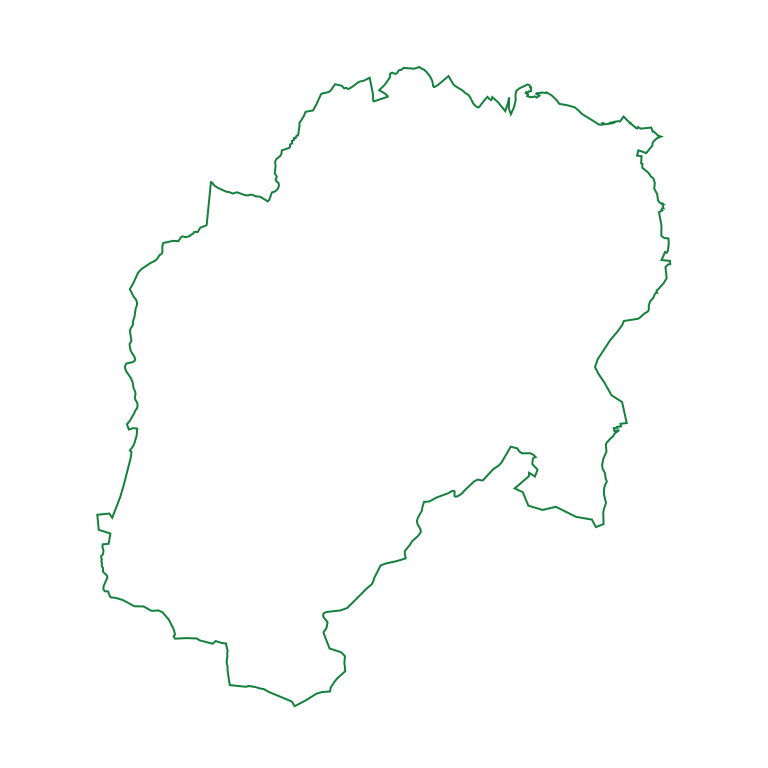 Palmito, Sucre, Colombia (Albers equal-area conic projection), rotated 265°
{"feature_id": "7082276B68418970079428", "entity_name": "Palmito", "entity_type": "district", "adm_level": 2, "iso_a3": "COL", "parent_name": "Colombia", "parent_adm1": "Sucre", "projection": "albers", "projection_center": [-75.556, 9.333], "detail": "fine", "context": "isolated", "style": "outline", "palette": "green", "viewbox_px": 768, "rotation_deg": 265, "n_neighbors": 0, "source": "geoboundaries", "source_scale": "gbopen_adm2", "svg_char_len": 6120}
<svg xmlns="http://www.w3.org/2000/svg" viewBox="0 0 768 768"><g transform="rotate(265 384 384)"><path d="M323.9,622.4L345.3,619.6L352.9,609.7L366.4,603.6L375.1,598.7L382.4,595.7L390.0,599.0L407.8,613.0L416.2,621.5L422.3,626.6L425.9,628.5L426.8,642.5L427.5,644.2L431.4,649.4L433.3,653.3L435.1,654.3L439.4,654.7L443.3,656.4L446.1,659.6L449.9,661.6L451.3,663.2L451.2,664.0L452.0,663.6L453.6,663.8L454.3,665.3L460.1,671.4L464.8,674.8L476.0,674.6L478.4,677.6L478.4,679.6L481.7,679.7L483.3,671.3L491.0,675.5L490.0,677.0L492.3,678.5L499.5,680.0L504.2,680.0L505.0,675.9L507.4,673.2L518.0,674.2L531.2,672.9L532.6,676.3L533.4,675.6L535.3,676.9L534.8,677.7L538.6,677.0L538.6,678.2L539.3,677.6L540.4,674.8L542.8,673.0L549.3,672.7L555.1,670.2L560.5,671.3L565.1,670.4L568.1,667.4L569.5,667.0L572.0,665.2L577.0,660.1L580.8,660.6L581.3,659.4L588.5,660.4L589.5,656.0L594.6,657.8L591.2,665.4L598.2,672.2L600.2,672.3L602.4,673.9L605.2,677.6L606.3,681.5L607.5,678.8L612.1,674.6L611.9,673.7L616.2,672.6L616.0,662.3L617.8,659.2L616.5,658.7L616.9,657.5L620.7,653.8L622.1,651.9L622.6,652.3L623.4,651.0L629.5,646.0L624.9,641.9L625.4,640.2L625.3,638.0L624.7,633.7L624.1,635.1L623.8,634.0L623.5,628.0L623.5,625.6L624.8,625.4L624.7,624.0L623.4,624.1L623.7,620.8L636.0,604.5L639.2,602.0L643.0,598.1L645.7,590.9L647.8,583.1L651.9,580.6L657.1,576.0L660.4,571.1L659.8,570.5L660.7,566.2L660.3,566.0L660.4,561.3L659.9,560.9L657.7,564.0L656.0,560.9L657.3,559.4L656.8,555.2L658.3,551.8L659.6,552.7L661.6,550.5L662.5,551.4L661.7,552.8L662.8,553.6L662.9,556.0L666.7,556.4L666.8,555.4L669.0,555.1L669.9,553.2L666.7,544.6L664.5,541.4L660.3,540.1L655.2,539.9L648.5,537.7L641.7,533.9L647.8,532.4L658.7,533.7L653.5,532.1L645.3,528.6L654.4,522.4L660.4,516.9L657.6,515.8L657.9,514.6L661.0,512.1L657.9,508.7L652.5,503.8L651.4,502.6L651.3,501.6L653.0,499.3L655.9,497.2L662.7,494.6L664.7,493.2L666.8,490.3L668.8,488.7L674.9,480.6L676.7,479.1L685.1,475.1L676.9,463.4L675.4,459.9L675.7,459.3L676.9,458.9L681.4,458.6L686.6,456.6L691.2,453.5L693.7,451.2L695.5,448.0L696.7,447.0L695.5,441.3L697.2,431.1L695.5,428.7L695.3,426.3L692.2,423.6L692.0,422.0L693.5,419.2L692.5,417.1L689.3,416.8L686.8,414.9L681.9,410.7L677.1,404.8L673.4,410.1L670.4,412.8L669.8,412.7L666.6,399.2L666.6,398.2L667.5,397.9L673.4,398.3L690.4,396.4L688.0,390.7L687.4,386.5L686.6,384.3L683.6,379.6L681.3,375.3L681.1,373.8L682.4,372.0L681.9,370.1L684.7,368.1L686.9,361.4L681.1,356.5L679.7,354.5L678.7,347.3L678.3,346.6L667.9,340.7L662.7,337.1L662.0,329.6L657.4,327.2L651.5,322.6L648.5,322.3L639.2,320.1L639.0,318.6L636.6,317.3L636.8,315.8L635.0,315.6L634.2,313.4L631.8,313.6L630.8,311.3L628.4,311.1L627.4,309.8L625.6,302.6L622.1,301.8L619.9,300.2L617.4,296.3L615.0,294.9L610.6,295.0L603.4,293.5L599.9,295.3L596.9,293.8L595.0,294.8L593.7,296.3L591.5,296.7L589.7,296.3L587.2,294.8L585.4,292.4L584.6,289.0L577.4,285.7L576.1,284.1L580.8,277.8L581.6,276.0L582.1,272.4L583.7,269.9L584.2,268.2L583.7,264.3L584.3,261.9L587.8,254.2L586.9,249.9L588.6,246.7L589.4,243.5L593.5,236.2L596.1,232.7L599.9,230.0L600.2,229.2L557.9,221.2L557.4,220.6L555.9,215.2L555.4,214.3L551.8,211.9L551.9,208.1L550.3,206.8L549.8,205.3L548.5,203.5L547.8,201.3L547.7,198.8L548.6,196.3L548.3,195.0L544.2,191.6L545.0,186.3L543.7,176.4L540.2,175.1L534.2,174.7L532.7,173.3L532.1,171.8L528.4,168.9L526.6,166.4L525.0,162.1L519.7,152.5L516.3,148.7L507.4,143.7L500.6,139.1L492.8,142.2L489.5,144.4L486.6,145.1L483.8,144.7L480.9,143.2L473.2,141.4L467.9,139.3L464.9,139.1L461.1,136.3L459.2,135.5L449.0,136.1L445.9,134.0L442.1,134.1L438.9,134.6L432.6,137.8L429.8,138.3L428.3,136.9L427.7,135.6L427.0,129.8L426.4,128.7L423.3,127.3L419.3,128.2L412.1,132.3L407.9,133.7L401.5,134.2L397.7,135.6L394.6,135.4L393.0,134.6L390.0,134.9L386.9,136.5L384.0,136.6L381.4,135.9L378.8,133.6L377.1,132.9L369.2,127.4L366.3,124.4L360.9,125.9L361.9,130.3L361.1,134.3L356.5,133.5L353.5,132.9L345.9,129.8L343.8,128.5L339.9,125.1L338.3,126.5L332.9,125.4L304.0,115.2L294.0,111.2L274.5,101.6L278.9,99.0L278.7,87.0L263.6,87.1L258.9,98.4L248.8,95.8L248.8,89.8L246.1,89.3L243.0,90.0L240.9,89.8L238.5,88.9L237.2,87.2L234.8,87.1L233.9,87.7L231.8,86.9L230.0,87.4L227.0,87.0L225.4,88.0L221.4,87.7L217.4,91.2L216.0,91.5L215.0,91.4L207.6,87.3L204.3,86.5L201.9,87.7L201.4,91.1L196.6,92.3L195.2,93.4L194.4,97.8L191.7,104.7L184.4,115.8L183.3,125.2L178.6,132.0L178.2,133.5L178.1,139.4L176.0,143.4L168.0,149.1L157.6,153.2L152.7,154.0L151.2,152.5L150.5,152.5L148.5,153.7L148.1,164.8L146.8,175.4L144.7,177.9L140.2,190.7L142.6,193.9L140.1,200.0L139.2,204.2L137.9,204.0L132.3,205.0L128.8,204.2L126.6,204.3L120.3,202.9L116.9,203.5L111.5,203.2L97.5,204.1L94.5,219.5L94.6,222.1L95.1,222.4L93.3,229.6L91.7,233.3L90.5,237.8L87.4,242.2L76.1,263.7L75.0,264.9L70.8,266.9L75.8,278.8L81.4,289.6L82.5,295.4L82.4,303.4L86.1,304.4L91.2,308.3L94.7,311.6L101.3,320.4L109.9,320.2L116.2,321.4L120.4,318.1L125.3,306.7L140.0,302.4L142.1,302.2L145.8,305.4L151.6,307.0L157.0,303.4L159.1,303.2L160.5,303.7L161.3,305.0L161.9,307.2L162.2,320.5L164.0,327.8L182.2,349.5L185.3,354.0L187.6,355.8L191.3,357.2L203.5,364.8L205.1,370.4L206.5,381.4L208.4,390.4L214.2,389.9L215.9,390.3L221.8,396.1L224.7,398.1L229.8,404.8L232.6,407.3L233.8,407.8L236.1,407.7L241.7,405.1L245.0,404.9L247.8,406.1L254.6,410.7L258.9,411.8L263.1,413.7L263.0,418.8L266.3,426.4L269.7,438.8L271.6,442.6L271.5,444.1L270.7,445.0L268.0,444.5L266.0,444.7L265.4,445.7L265.7,447.2L266.9,450.0L269.0,453.1L270.8,454.8L279.2,465.4L280.6,469.0L279.4,473.0L279.5,474.3L289.5,485.2L292.8,491.3L295.4,494.1L310.5,504.8L308.3,511.1L305.1,512.9L302.9,515.5L302.3,523.6L300.5,526.6L298.0,528.7L297.5,526.8L296.4,525.7L291.3,524.8L285.3,529.5L278.7,526.3L282.9,520.8L279.5,520.3L268.6,505.1L264.2,512.8L250.2,517.2L244.7,531.1L246.7,544.5L234.9,563.8L230.8,579.3L223.0,582.6L225.3,590.5L236.8,591.2L240.3,592.2L246.1,594.8L253.7,593.6L258.0,593.7L262.6,594.7L267.6,597.5L270.8,596.5L275.9,596.4L280.4,594.4L284.3,594.2L290.5,596.0L297.2,599.7L304.3,599.7L306.1,600.7L310.1,605.0L311.9,607.7L314.6,609.5L317.1,613.6L317.5,613.6L317.1,609.4L320.0,609.1L320.0,612.7L321.1,612.6L321.1,616.4L323.8,616.1L323.9,622.4Z" fill="none" stroke="#15803d" stroke-width="2"/></g></svg>